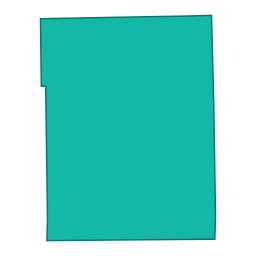 outline of Brown, Indiana, United States of America
{"feature_id": "52423323B89653370278289", "entity_name": "Brown", "entity_type": "district", "adm_level": 2, "iso_a3": "USA", "parent_name": "United States of America", "parent_adm1": "Indiana", "projection": "equal_earth", "projection_center": [-86.224, 39.196], "detail": "fine", "context": "isolated", "style": "filled", "palette": "teal", "viewbox_px": 256, "rotation_deg": 0, "n_neighbors": 0, "source": "geoboundaries", "source_scale": "gbopen_adm2", "svg_char_len": 286}
<svg xmlns="http://www.w3.org/2000/svg" viewBox="0 0 256 256"><path d="M211.5,15.4L180.3,16.2L177.6,16.2L115.5,17.3L40.5,18.7L41.3,86.2L45.7,86.3L47.5,218.9L46.9,240.6L77.0,240.3L214.8,239.2L215.5,216.8L213.8,105.1L211.5,15.4Z" fill="#14b8a6" stroke="#0f766e" stroke-width="1.5"/></svg>